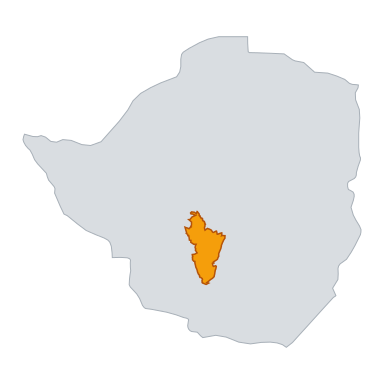 location of Insiza, Matabeleland South, Zimbabwe
{"feature_id": "62879985B6112756891378", "entity_name": "Insiza", "entity_type": "district", "adm_level": 2, "iso_a3": "ZWE", "parent_name": "Zimbabwe", "parent_adm1": "Matabeleland South", "projection": "mercator", "projection_center": [29.319, -20.268], "detail": "fine", "context": "in_parent", "style": "filled", "palette": "amber", "viewbox_px": 384, "rotation_deg": 0, "n_neighbors": 0, "source": "geoboundaries", "source_scale": "gbopen_adm2", "svg_char_len": 6149}
<svg xmlns="http://www.w3.org/2000/svg" viewBox="0 0 384 384"><path d="M286.3,347.3L282.4,344.6L277.0,342.9L270.2,342.1L261.3,342.4L250.4,343.9L238.7,342.1L226.2,337.1L215.8,335.3L203.4,337.5L202.8,337.6L200.7,335.9L197.3,332.2L191.6,331.5L190.1,330.7L188.8,329.3L188.0,327.6L187.7,325.7L188.6,319.6L188.1,319.0L186.6,318.2L183.5,317.5L176.0,314.8L166.7,312.2L151.5,309.3L145.6,308.5L144.2,307.6L142.5,305.4L139.6,298.5L136.8,294.0L130.3,287.0L129.2,284.8L129.5,279.2L130.0,274.8L130.7,270.9L130.4,267.4L130.3,263.0L130.5,260.0L129.6,258.7L127.3,257.8L120.5,257.4L112.3,257.6L112.1,253.1L111.3,246.2L109.8,242.2L107.9,240.1L104.1,238.0L96.5,235.0L86.2,230.5L77.3,223.8L67.2,215.6L64.0,214.1L60.3,206.4L54.6,193.1L55.0,188.7L54.1,186.6L48.6,180.1L47.3,176.7L46.4,173.3L37.6,163.8L34.6,159.7L32.3,154.3L30.0,150.1L28.1,148.4L25.6,145.5L23.8,142.2L23.0,139.7L23.7,136.4L24.5,134.2L32.9,136.5L37.5,136.7L41.1,135.6L45.5,137.1L50.8,141.4L56.6,142.2L62.8,139.6L71.2,140.4L81.8,144.6L90.6,145.5L101.1,141.7L110.4,131.2L119.2,121.3L127.8,110.0L133.0,100.8L140.6,93.4L150.7,87.6L160.9,82.8L176.6,76.8L179.7,72.0L180.8,66.6L180.8,59.2L181.6,54.4L183.2,52.2L185.8,50.5L189.2,48.3L199.5,42.7L208.1,39.1L218.7,36.7L230.2,36.7L241.3,36.7L247.6,36.7L247.7,43.8L248.2,51.8L249.4,52.6L257.8,52.8L271.2,53.3L284.1,53.9L292.3,59.7L295.1,60.9L303.7,62.5L314.6,72.2L327.8,73.1L336.9,76.1L344.9,79.5L349.5,83.4L352.4,84.4L356.5,84.7L358.4,85.0L358.0,87.9L355.3,92.8L355.6,99.8L359.3,109.5L359.8,118.0L358.7,132.9L358.7,147.4L359.1,152.6L359.7,156.0L360.5,157.9L360.4,160.0L358.2,166.1L356.4,172.5L356.3,175.1L355.7,176.9L354.3,178.5L348.6,181.5L347.6,183.3L347.6,186.7L348.4,189.5L350.5,190.5L353.1,192.1L354.1,194.2L354.2,196.4L353.3,200.5L351.0,207.3L353.3,215.1L355.9,220.1L359.5,226.0L361.0,229.6L360.9,232.2L360.4,234.7L355.0,245.5L351.2,252.2L346.5,259.3L340.2,263.8L338.6,266.0L338.0,268.5L338.2,273.8L337.9,279.5L332.6,288.2L335.9,295.6L335.2,296.3L333.4,297.4L325.7,305.8L318.0,314.3L312.3,320.6L305.9,327.7L298.6,335.7L292.5,342.5L286.3,347.3Z" fill="#d9dde1" stroke="#a8b0b8" stroke-width="1"/><path d="M186.3,233.4L186.9,233.9L187.0,233.9L187.6,234.3L187.8,235.3L187.9,235.7L188.7,235.6L189.1,237.7L189.4,240.1L190.6,240.4L190.9,240.4L190.8,242.3L193.8,244.3L196.1,244.3L195.4,245.8L195.2,247.0L195.1,247.8L195.7,248.7L195.4,250.3L195.6,250.5L196.2,251.5L197.1,252.9L194.7,254.2L192.3,254.5L192.3,254.8L192.2,254.9L192.3,255.1L192.5,255.0L192.5,255.3L192.5,255.8L192.7,256.1L192.8,256.3L192.8,256.5L192.6,256.7L192.5,256.8L192.6,257.1L192.5,257.4L192.4,257.5L192.5,257.7L192.5,257.8L192.4,257.9L192.4,258.1L192.5,258.3L192.6,258.5L192.6,259.0L192.6,259.4L192.5,259.6L192.5,259.8L192.9,260.1L193.3,260.7L193.7,261.2L193.9,261.2L194.9,261.4L194.9,261.7L194.9,261.8L194.9,262.1L194.8,262.4L194.9,263.0L195.0,263.1L195.1,263.5L195.0,263.9L195.3,264.5L195.4,264.9L195.4,265.2L195.5,265.6L195.6,265.9L195.6,266.2L195.7,266.5L195.8,267.1L196.0,267.5L196.2,267.9L196.4,268.4L196.5,268.7L196.7,268.9L197.2,270.5L197.4,271.1L197.4,271.8L197.7,272.3L197.8,272.8L198.1,273.2L198.2,273.3L198.2,273.5L198.2,273.8L198.4,274.0L198.7,274.3L198.7,274.5L198.8,274.7L199.2,275.0L199.3,275.0L199.6,275.8L199.6,276.0L199.5,276.3L199.6,276.5L199.7,276.8L199.9,277.2L199.9,277.3L200.0,277.4L200.1,277.5L200.3,277.5L200.5,277.4L200.8,277.6L201.1,277.7L201.5,278.0L201.9,278.4L202.2,278.6L202.2,278.8L202.3,278.8L202.4,279.2L202.5,279.4L202.4,279.6L202.3,280.0L202.1,280.3L202.0,280.5L202.0,280.8L202.2,281.7L202.2,281.8L202.0,282.1L202.1,282.3L202.5,282.5L202.5,283.0L206.1,284.4L208.1,283.4L208.4,283.2L208.6,283.1L206.9,282.5L207.9,281.8L208.2,281.6L210.5,279.6L212.4,278.4L214.1,276.7L214.3,275.5L214.5,274.8L214.7,273.8L214.9,272.6L214.9,272.1L215.1,271.4L215.2,270.4L215.3,270.2L215.6,269.4L215.8,269.0L215.9,268.4L216.3,266.5L216.2,266.3L216.0,266.1L215.8,265.8L215.7,265.8L215.4,265.8L214.9,266.0L214.1,266.2L213.4,266.4L213.2,266.0L212.9,265.6L212.4,263.4L213.2,263.2L213.9,263.0L213.5,262.3L213.3,262.1L213.6,261.8L216.0,260.3L217.4,259.3L217.7,258.5L218.0,257.4L218.7,256.5L218.7,256.1L218.7,255.5L218.7,253.6L219.2,252.4L219.6,251.4L219.8,250.9L220.2,250.0L220.8,248.6L221.2,246.9L221.3,246.7L221.4,245.4L221.8,244.4L221.9,244.1L222.4,242.8L223.2,241.1L223.5,240.3L223.9,239.7L224.2,239.2L224.9,238.3L224.9,238.0L225.0,235.7L224.9,235.7L224.6,235.7L223.8,235.6L223.3,235.6L223.0,235.5L222.6,235.5L222.1,235.4L221.7,235.6L221.8,235.3L221.7,234.7L221.8,234.3L221.8,233.3L221.6,233.3L221.6,232.9L219.7,233.4L218.1,234.1L217.9,234.2L217.4,234.2L217.2,234.2L216.8,232.2L216.5,231.1L215.8,231.2L215.4,231.4L213.8,232.3L213.3,232.4L213.0,232.4L212.3,231.7L211.4,230.2L210.6,229.7L210.1,229.5L209.5,229.1L208.8,229.0L207.5,228.4L206.3,229.2L205.0,230.2L204.8,229.7L204.5,228.2L204.5,227.6L204.5,227.1L204.9,226.5L204.9,226.3L205.0,225.4L205.0,224.9L205.1,224.7L205.3,224.3L205.4,224.2L205.2,224.0L205.1,223.9L205.0,224.0L204.9,224.0L204.8,223.9L205.0,223.6L204.9,223.4L204.9,223.2L204.8,222.9L204.7,222.9L204.6,222.6L204.5,222.4L204.6,222.2L204.5,221.9L204.4,221.8L204.4,221.7L204.2,221.4L203.9,221.3L203.8,221.2L203.4,221.1L203.2,220.9L203.1,220.7L202.8,220.7L202.7,220.6L202.7,220.4L202.6,220.2L202.6,219.9L202.6,219.6L202.5,219.4L202.5,219.1L202.4,219.0L202.5,218.9L202.4,218.8L202.3,218.7L202.1,218.5L202.1,218.4L201.9,218.4L201.8,218.2L201.6,218.2L201.4,218.1L201.0,217.8L200.9,217.8L200.7,217.8L200.7,217.7L200.7,217.4L200.6,217.2L200.4,217.1L200.4,216.9L200.1,216.5L199.9,216.3L199.8,216.2L200.0,215.9L199.9,215.8L199.8,215.7L199.7,215.6L199.4,215.5L199.3,215.4L199.2,215.4L199.2,215.1L199.2,214.8L199.2,214.7L199.2,214.2L199.1,213.9L198.9,213.6L198.7,213.4L198.6,213.2L198.4,213.0L198.2,212.9L198.1,212.6L197.7,212.3L197.6,212.2L197.6,211.9L197.4,211.6L197.1,211.5L196.3,213.7L194.5,212.3L191.6,211.9L191.4,212.0L191.3,212.3L191.2,212.4L190.9,212.7L190.6,212.8L190.6,213.3L191.1,214.0L192.5,214.0L195.5,215.4L192.0,217.0L190.0,219.5L188.8,219.6L191.5,222.0L191.5,225.1L190.7,226.5L191.2,226.9L190.1,227.6L189.0,228.7L188.9,228.6L187.0,227.9L186.9,227.9L185.0,227.2L186.6,232.8L186.4,233.1L186.4,233.3L186.3,233.4Z" fill="#f59e0b" stroke="#b45309" stroke-width="1.5"/></svg>